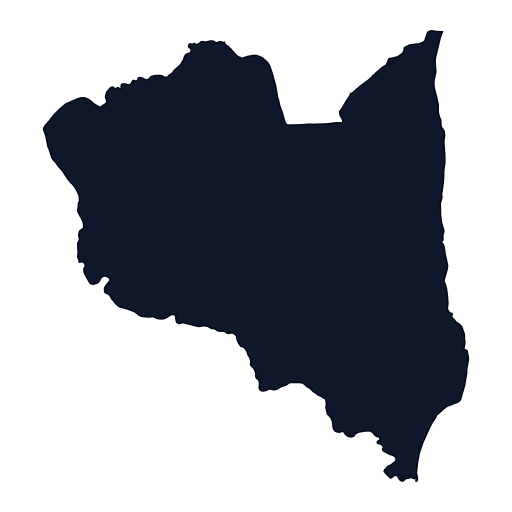 Mecufi, Cabo Delgado, Mozambique
{"feature_id": "85939544B73793826279493", "entity_name": "Mecufi", "entity_type": "district", "adm_level": 2, "iso_a3": "MOZ", "parent_name": "Mozambique", "parent_adm1": "Cabo Delgado", "projection": "albers", "projection_center": [40.384, -13.265], "detail": "fine", "context": "isolated", "style": "filled", "palette": "ink", "viewbox_px": 512, "rotation_deg": 0, "n_neighbors": 0, "source": "geoboundaries", "source_scale": "gbopen_adm2", "svg_char_len": 5910}
<svg xmlns="http://www.w3.org/2000/svg" viewBox="0 0 512 512"><path d="M79.2,262.1L82.2,261.8L83.4,262.3L84.6,263.2L85.3,265.5L85.2,266.4L83.9,268.7L84.0,271.6L85.4,275.1L88.9,281.3L90.1,283.1L91.0,283.8L93.4,284.2L97.8,282.8L99.2,281.1L101.3,277.6L102.6,276.4L104.5,275.9L106.5,276.3L109.8,278.3L110.0,280.5L105.8,285.8L104.5,288.3L104.7,292.0L105.9,293.1L108.6,294.1L110.6,296.5L111.9,299.1L113.5,300.6L114.7,302.5L116.6,304.5L119.3,306.7L127.2,308.9L134.4,311.6L139.2,315.2L140.8,316.0L143.0,316.5L149.5,317.0L152.1,316.6L153.7,316.8L157.3,318.5L159.4,318.8L162.7,318.9L164.3,318.5L166.7,317.4L170.8,314.8L174.0,314.3L175.4,315.6L175.6,316.3L175.9,319.2L176.4,321.6L177.0,322.5L178.9,323.6L183.2,322.6L198.0,326.4L199.5,326.5L203.1,325.7L207.5,326.2L211.4,328.4L214.8,328.8L217.7,330.8L219.6,331.2L223.1,331.1L224.7,331.5L226.3,332.6L228.2,333.5L231.4,332.9L233.3,333.2L235.2,334.5L236.4,335.9L237.3,340.4L238.6,343.2L240.2,345.4L240.7,346.2L243.5,347.1L244.7,348.0L246.9,351.2L248.2,355.3L249.6,357.2L250.6,360.2L250.9,361.9L250.5,364.4L251.2,365.8L253.1,367.6L254.7,369.9L255.8,373.0L255.8,376.8L256.7,378.4L258.6,379.7L259.0,380.8L259.6,383.3L259.2,387.4L259.5,389.0L260.3,390.1L261.2,390.7L263.1,391.0L266.2,390.4L268.7,389.1L270.2,388.9L273.6,389.8L275.4,389.6L277.9,388.6L280.6,386.9L286.0,385.0L288.8,383.1L290.4,382.5L299.3,382.5L302.4,382.9L304.1,384.0L307.1,386.7L309.6,388.0L313.9,392.0L316.1,393.3L318.1,395.0L322.2,396.8L322.8,397.6L324.9,398.5L325.6,399.3L326.1,400.9L326.4,404.1L326.0,407.9L327.5,414.1L330.2,416.8L331.5,419.0L332.4,421.1L333.2,427.6L333.7,429.1L335.3,431.2L337.3,432.0L338.7,432.1L339.9,432.1L342.1,431.4L343.3,431.5L344.3,432.4L345.4,434.4L346.7,435.4L348.0,436.3L350.8,436.9L353.6,436.3L355.3,433.9L358.6,432.1L364.9,431.0L369.8,430.9L371.2,431.4L373.2,432.9L375.3,435.5L376.5,436.3L379.3,437.2L379.9,438.2L379.9,439.9L379.5,440.5L378.6,440.6L377.4,441.6L377.3,442.9L378.7,443.8L380.3,443.9L381.3,444.4L383.3,446.6L383.4,447.6L382.7,449.0L382.8,450.0L383.3,450.8L389.2,454.1L393.3,455.5L394.9,456.6L396.1,458.4L395.9,460.7L394.5,462.3L390.0,465.5L388.6,465.9L387.4,466.7L386.3,468.4L384.8,469.7L384.2,470.7L384.3,471.7L386.4,474.1L390.4,477.9L391.8,477.6L394.3,475.4L396.4,475.3L397.6,475.9L399.3,479.3L400.3,480.2L401.7,481.0L403.2,481.0L405.3,478.9L406.6,478.4L408.7,478.1L411.2,477.3L413.6,478.6L415.3,478.4L415.9,478.8L416.3,479.5L415.9,480.4L416.2,481.3L416.6,481.3L417.1,480.8L417.5,479.3L417.5,477.9L416.5,473.9L416.4,472.5L417.5,462.5L419.2,453.2L422.9,442.4L429.6,427.5L432.4,422.2L435.7,417.4L436.3,415.4L445.9,406.9L448.6,405.6L452.7,404.2L453.5,403.5L456.3,402.8L458.6,401.6L460.4,399.8L464.5,385.7L466.6,373.6L466.7,369.1L468.3,360.2L468.4,357.4L467.1,351.1L466.2,350.1L464.9,350.1L463.9,348.5L464.9,342.6L464.4,339.2L464.4,334.4L461.6,326.6L459.3,324.2L455.5,321.7L454.3,319.6L452.1,317.8L451.7,315.8L452.4,314.1L452.1,313.6L449.7,312.8L447.3,309.2L447.9,303.5L447.4,295.7L446.5,288.8L445.5,284.9L444.1,282.0L444.0,280.4L447.1,269.3L447.6,265.5L445.1,254.0L444.0,246.4L443.3,244.6L441.8,242.7L441.8,240.7L443.0,240.0L442.7,236.0L443.9,230.9L441.4,222.3L440.6,215.7L440.3,204.5L440.5,202.6L441.9,197.5L441.5,193.3L442.0,191.9L443.2,182.8L443.7,176.1L443.7,171.0L444.9,162.4L444.7,153.6L443.9,143.6L443.9,140.1L444.7,135.7L444.2,131.7L443.7,130.5L441.1,126.5L440.7,119.7L439.6,117.5L438.3,113.1L438.2,104.1L437.3,101.2L437.1,99.3L434.3,88.3L433.9,85.1L434.0,80.5L435.8,71.7L435.1,61.5L435.4,57.8L440.4,37.0L442.4,31.8L436.0,31.5L431.7,30.7L428.5,31.7L427.6,32.5L424.9,40.5L424.4,41.3L422.8,42.4L419.4,43.7L409.5,45.0L404.3,47.7L404.0,50.4L403.2,52.5L401.6,54.1L397.5,56.8L393.1,58.0L389.0,58.7L386.3,65.1L382.5,67.2L382.0,67.9L380.5,68.7L380.2,69.4L377.1,71.8L376.7,72.4L375.9,72.8L375.6,73.5L372.4,76.1L372.0,76.9L368.3,80.2L359.6,86.6L357.4,88.7L356.5,89.1L356.2,89.7L352.1,93.2L351.5,93.5L350.6,93.5L350.6,94.3L349.4,96.4L345.9,101.7L342.5,107.7L339.6,111.7L340.1,115.1L342.7,119.9L342.9,122.0L342.7,122.8L335.7,122.8L327.2,123.9L311.4,124.4L310.5,124.1L299.6,124.9L287.1,125.1L285.4,123.2L284.8,121.8L282.0,112.0L279.7,105.7L278.4,99.8L277.6,97.7L275.6,85.9L272.4,74.0L269.8,66.4L268.3,63.5L266.8,61.8L262.0,57.6L256.9,55.6L255.3,55.4L253.6,55.4L247.8,56.4L242.1,58.3L240.7,58.1L240.0,57.2L238.8,57.2L237.4,56.1L234.3,53.1L234.1,52.5L233.4,52.3L233.0,51.5L230.5,48.8L229.7,48.3L228.5,46.7L226.1,45.2L224.5,43.2L224.5,42.3L223.3,42.5L220.7,41.7L219.3,41.7L217.6,42.7L215.7,42.7L213.8,41.4L212.3,41.0L210.9,40.9L206.0,42.1L202.0,41.6L200.5,42.2L199.9,43.1L196.7,44.8L195.9,44.7L195.1,43.8L194.1,43.5L191.9,44.5L191.1,44.0L189.7,43.8L188.6,45.5L188.7,46.8L189.1,47.6L190.1,48.0L190.9,48.9L191.2,50.4L190.7,52.2L189.9,53.0L186.9,54.0L185.5,55.0L184.5,56.7L183.5,59.8L180.6,64.5L179.2,66.1L174.7,69.9L172.1,73.3L169.2,75.2L168.2,76.5L166.9,77.4L165.3,77.4L163.6,76.8L162.0,75.8L159.5,75.4L154.4,75.7L151.1,76.6L148.6,79.3L147.7,79.7L145.4,79.8L143.3,78.5L139.7,77.4L138.3,78.0L137.5,80.4L136.7,80.9L135.9,81.1L133.8,80.4L132.8,80.6L130.8,84.2L130.2,84.5L128.5,85.0L124.6,83.9L121.9,84.1L121.0,86.5L121.6,88.7L120.2,89.0L118.2,87.7L116.8,87.9L115.5,89.0L114.6,89.2L113.7,87.5L113.1,87.2L112.2,87.0L110.7,87.5L106.8,92.1L105.7,95.3L105.5,96.9L105.9,98.5L106.5,99.3L106.7,100.7L106.4,103.2L101.7,106.2L101.1,107.2L100.3,107.3L98.0,106.4L93.9,103.8L92.4,102.6L92.0,101.9L91.0,101.5L90.5,100.7L89.6,100.4L89.2,99.9L86.2,98.3L83.8,97.8L81.2,97.8L78.2,98.6L65.9,103.9L59.9,108.9L54.0,114.9L50.3,119.5L50.0,120.3L45.3,125.3L43.8,127.9L43.6,129.6L46.0,136.3L48.0,146.7L49.2,149.2L51.8,157.6L53.8,160.6L54.9,161.4L59.0,167.0L62.4,170.7L67.8,179.0L71.2,183.1L72.3,183.9L74.9,187.2L77.1,191.0L79.1,195.6L79.6,200.4L78.3,204.2L78.2,207.6L77.6,209.9L77.7,211.2L80.6,216.9L81.9,219.0L83.3,222.3L83.8,226.8L83.3,228.4L79.6,231.0L78.7,234.6L79.5,240.0L77.8,243.1L77.8,247.3L78.2,252.1L77.7,257.0L78.9,259.7L79.2,262.1Z" fill="#0f172a" stroke="#020617" stroke-width="1.5"/></svg>